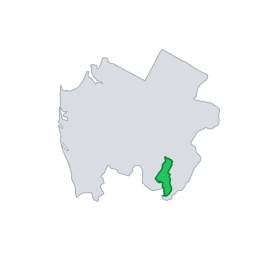 location of Mpassa, Haut-Ogooué, Gabon, rotated 28°
{"feature_id": "22940354B37639469829308", "entity_name": "Mpassa", "entity_type": "district", "adm_level": 2, "iso_a3": "GAB", "parent_name": "Gabon", "parent_adm1": "Haut-Ogooué", "projection": "mercator", "projection_center": [13.612, -1.737], "detail": "fine", "context": "in_parent", "style": "filled", "palette": "green", "viewbox_px": 256, "rotation_deg": 28, "n_neighbors": 0, "source": "geoboundaries", "source_scale": "gbopen_adm2", "svg_char_len": 6362}
<svg xmlns="http://www.w3.org/2000/svg" viewBox="0 0 256 256"><g transform="rotate(28 128 128)"><path d="M174.7,46.5L174.6,48.4L172.4,53.1L171.4,56.7L171.1,60.6L171.7,63.7L172.8,65.9L173.4,68.3L172.9,70.0L171.9,70.7L172.6,71.5L174.2,71.7L176.9,71.0L181.0,69.7L186.5,67.9L190.0,66.9L195.9,67.5L199.1,68.2L200.7,69.5L202.4,75.0L203.3,75.9L204.7,78.2L205.9,81.1L206.2,82.5L206.0,83.5L204.8,85.1L203.5,87.3L203.0,88.7L201.9,89.7L200.4,90.7L196.5,91.1L195.9,91.7L194.8,94.1L192.7,96.1L191.8,98.0L190.9,100.6L191.1,103.7L190.7,108.3L190.3,111.4L191.3,112.5L196.0,113.2L196.9,113.8L198.2,115.7L199.8,117.5L204.1,118.7L205.8,120.0L207.1,121.6L207.3,122.8L206.3,127.7L205.4,132.5L205.8,136.1L206.1,139.6L206.6,144.6L206.4,147.7L205.2,149.6L205.2,151.0L205.7,152.8L204.7,157.7L204.0,158.5L202.0,159.5L201.0,160.8L200.7,162.8L199.6,165.7L198.6,166.7L198.6,168.0L199.6,169.0L199.6,170.5L197.7,172.2L196.5,173.6L193.9,174.2L191.0,173.5L190.3,172.5L191.0,171.0L190.8,169.8L189.8,168.5L188.2,165.2L186.8,164.5L186.0,165.9L183.6,168.4L179.4,171.6L176.5,171.8L171.0,170.9L166.4,169.3L164.3,165.6L162.9,162.5L161.0,158.9L158.8,157.1L156.5,156.0L155.4,156.0L152.1,158.0L151.1,158.8L151.1,160.5L151.4,162.0L151.9,162.8L152.3,163.8L152.3,165.4L151.7,167.5L151.5,169.8L141.0,172.1L139.2,171.2L137.8,170.2L136.3,170.4L131.7,171.6L130.0,170.7L128.4,170.1L127.6,170.6L127.5,171.6L128.3,177.1L128.1,179.2L127.0,181.9L126.5,183.7L129.3,184.2L130.3,185.1L131.3,186.5L132.6,187.7L132.7,188.5L131.2,189.9L130.7,191.7L131.4,193.1L133.3,194.5L136.0,196.0L137.4,197.0L137.3,197.9L136.0,199.8L135.5,201.4L134.6,202.8L134.8,204.2L136.0,205.4L135.9,206.5L135.1,207.4L133.3,207.2L131.9,207.3L130.6,207.0L126.5,202.6L125.6,202.5L119.7,205.8L118.2,207.2L117.0,209.2L115.3,213.4L112.6,210.9L110.3,206.4L107.6,203.6L101.9,199.2L100.4,195.8L93.8,188.6L84.5,181.3L77.7,175.0L76.7,173.6L77.8,173.7L84.4,176.9L85.2,176.5L86.0,175.8L83.2,174.2L80.5,172.9L77.9,172.1L75.4,172.1L74.0,170.8L73.1,168.8L72.6,167.0L71.5,165.2L67.9,161.5L67.0,160.0L65.1,158.1L66.2,157.8L70.1,159.7L70.4,158.9L70.1,157.8L66.2,156.0L64.1,155.9L63.7,154.7L63.9,153.2L61.2,147.8L58.3,143.7L57.8,141.7L65.6,150.6L66.6,150.8L68.0,150.7L71.2,149.7L70.6,148.5L69.2,147.2L67.8,147.8L65.9,147.9L65.0,147.4L64.5,146.5L66.4,142.2L65.6,142.4L65.0,143.2L64.0,143.5L62.4,143.8L58.6,141.5L55.3,135.2L54.4,134.0L53.5,131.8L52.6,130.9L48.7,122.0L50.2,122.7L51.9,125.3L55.4,124.7L56.7,123.2L57.9,123.3L59.1,123.0L60.6,121.6L65.0,115.5L66.2,107.4L65.8,102.6L65.1,97.9L66.6,96.4L67.2,97.4L67.4,99.1L68.1,100.3L69.7,101.4L72.6,101.7L77.1,103.5L78.7,104.6L79.2,102.4L84.3,100.5L82.8,99.8L78.2,100.5L71.8,97.7L69.8,95.9L67.8,92.4L65.8,90.7L65.9,89.0L70.4,87.6L71.6,87.7L72.1,89.5L73.3,90.2L73.8,90.0L74.0,88.5L74.0,84.4L72.6,78.6L73.1,77.5L74.3,77.1L75.4,76.3L76.2,76.2L77.7,76.3L78.5,77.7L78.9,78.4L80.5,78.7L81.7,79.5L82.8,79.3L83.7,78.4L85.1,78.2L89.2,78.3L93.0,78.3L100.4,78.3L107.9,78.3L115.3,78.3L121.0,78.4L120.9,75.0L120.9,69.9L120.9,63.8L120.8,58.0L120.8,52.7L120.8,46.3L121.1,44.5L121.5,43.7L121.3,42.7L127.1,42.6L137.6,43.1L142.1,43.0L143.4,43.1L149.1,42.8L153.7,43.2L155.7,43.6L157.5,43.8L163.0,44.1L170.2,43.8L172.7,43.9L174.1,44.7L174.7,46.5Z" fill="#d9dde1" stroke="#a8b0b8" stroke-width="1"/><path d="M174.2,136.8L174.3,136.9L174.6,137.0L174.8,137.0L175.0,137.2L175.1,137.5L175.4,137.9L175.6,138.1L175.8,138.3L176.0,138.7L176.3,139.0L176.5,139.5L176.8,139.8L176.8,140.1L176.8,140.5L176.6,140.6L176.6,140.8L176.5,141.1L176.4,141.4L176.3,141.7L176.1,142.1L176.0,142.4L175.9,142.7L175.8,143.0L175.8,143.3L176.0,143.7L176.0,144.0L176.0,144.6L176.1,144.9L176.1,145.1L176.3,145.3L176.4,145.7L176.5,145.9L176.6,146.0L176.8,146.5L177.0,147.4L177.1,147.8L177.2,148.1L177.1,148.4L177.1,149.5L177.0,150.6L176.9,151.3L176.8,151.7L176.6,152.0L176.5,152.4L176.5,153.0L176.4,153.6L176.4,154.5L176.3,154.9L176.3,155.4L176.1,156.9L176.0,158.2L176.0,158.9L175.9,159.1L175.8,159.4L176.0,159.7L176.1,160.0L176.2,160.3L176.4,160.4L176.7,160.3L177.0,160.3L177.4,160.5L177.8,160.5L178.1,160.4L178.4,160.4L178.5,160.6L178.6,160.9L178.7,161.2L178.9,161.5L179.2,161.6L179.5,161.5L179.8,161.3L179.9,161.1L180.0,160.9L180.4,160.8L180.6,160.7L180.8,160.6L181.2,160.3L181.2,160.6L181.1,160.8L181.1,161.1L181.1,161.5L181.6,161.4L182.0,161.1L182.3,160.8L182.7,160.6L183.1,160.4L183.2,160.2L183.4,160.0L183.7,159.9L184.0,159.9L184.3,160.0L184.5,160.2L184.6,160.5L184.8,160.9L185.0,161.1L185.2,161.5L185.2,161.8L185.2,162.1L185.3,162.4L185.5,162.7L185.7,163.0L185.9,163.2L186.0,163.5L186.1,163.8L186.3,164.0L186.5,164.2L187.0,164.4L187.2,164.0L187.5,163.9L187.8,164.1L188.1,164.4L188.6,165.0L188.7,165.5L189.0,166.1L189.3,166.5L189.7,167.1L190.1,167.5L190.5,167.9L190.7,168.2L190.9,168.8L191.0,169.0L191.3,169.2L191.6,169.4L191.9,169.7L192.0,170.1L191.8,170.4L191.4,170.8L191.1,171.0L190.9,171.2L191.3,171.1L191.8,171.0L192.0,170.9L192.3,170.7L192.6,170.6L192.8,170.4L193.2,170.2L193.4,170.1L193.7,169.9L193.9,169.7L194.3,169.2L194.4,168.8L194.5,168.3L194.6,168.1L194.7,167.9L194.9,167.7L195.0,167.5L195.1,167.2L195.2,166.9L195.3,166.6L195.3,166.3L195.2,166.0L195.2,165.5L195.2,165.0L195.3,164.6L195.4,164.2L195.5,163.5L195.5,162.9L195.4,162.3L195.3,161.8L195.0,161.3L194.8,160.9L194.6,160.6L194.3,160.3L193.8,159.8L193.5,159.5L193.3,159.3L193.0,159.1L192.7,158.9L192.2,158.5L191.8,158.2L191.4,157.8L191.1,157.4L190.8,156.9L190.5,156.1L190.2,155.6L190.0,155.1L189.8,154.7L189.6,154.1L189.7,153.8L189.8,153.6L189.6,153.4L189.2,153.2L188.9,153.1L188.7,152.9L188.5,152.6L188.3,152.4L188.1,152.2L187.8,151.9L187.5,151.7L187.4,151.5L187.1,151.0L187.1,150.0L187.1,149.4L186.9,149.3L186.5,149.3L186.3,149.2L186.0,149.1L185.7,148.9L185.2,148.8L184.9,149.0L184.5,149.1L184.3,148.9L184.2,148.6L184.1,147.4L184.1,144.1L184.1,140.9L184.2,140.7L184.3,140.6L184.3,140.4L184.2,140.1L183.9,139.6L183.8,139.4L183.5,139.1L183.3,138.8L183.0,138.5L182.9,138.2L182.9,137.8L183.0,137.5L183.1,137.3L183.1,136.8L182.9,136.7L182.6,136.6L182.1,136.5L181.8,136.4L181.5,136.3L181.3,136.2L181.1,136.0L180.8,135.9L180.6,135.9L180.3,136.1L180.2,136.2L180.1,136.3L179.8,136.3L179.6,136.3L179.2,136.1L178.7,135.8L178.4,135.8L178.0,136.0L177.6,136.1L177.2,136.2L177.0,136.3L176.7,136.3L176.4,136.3L176.2,136.4L175.9,136.4L175.7,136.3L175.5,136.2L175.3,136.1L175.2,136.0L175.1,135.8L174.9,136.0L174.7,136.2L174.6,136.4L174.3,136.7L174.2,136.8Z" fill="#22c55e" stroke="#15803d" stroke-width="1.5"/></g></svg>